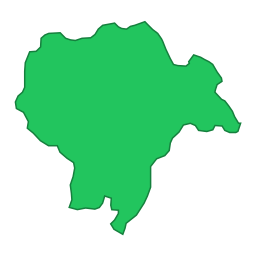 Cheongju-si, North Chungcheong, South Korea
{"feature_id": "91817680B7472001038353", "entity_name": "Cheongju-si", "entity_type": "district", "adm_level": 2, "iso_a3": "KOR", "parent_name": "South Korea", "parent_adm1": "North Chungcheong", "projection": "orthographic", "projection_center": [127.531, 36.588], "detail": "fine", "context": "isolated", "style": "filled", "palette": "green", "viewbox_px": 256, "rotation_deg": 0, "n_neighbors": 0, "source": "geoboundaries", "source_scale": "gbopen_adm2", "svg_char_len": 1475}
<svg xmlns="http://www.w3.org/2000/svg" viewBox="0 0 256 256"><path d="M193.7,54.9L188.7,61.7L189.3,63.4L186.0,66.1L177.8,65.6L173.5,64.5L170.2,58.5L165.8,49.2L162.6,41.1L161.5,38.9L157.7,33.4L152.7,29.6L147.8,24.7L144.9,21.7L134.8,25.3L130.4,26.4L126.6,29.1L121.7,28.5L118.4,26.9L114.6,23.1L102.7,25.3L98.3,29.1L95.0,34.5L90.7,37.8L82.0,38.3L75.4,40.5L70.5,39.9L65.6,38.3L60.2,32.8L48.8,33.4L44.9,35.0L41.1,38.3L40.6,47.0L36.2,51.3L29.7,51.8L25.3,62.7L24.7,71.4L24.7,72.5L24.7,77.4L24.7,87.3L22.5,92.2L18.1,96.0L15.4,102.0L16.4,108.5L23.5,112.3L28.4,121.6L27.3,128.2L33.3,133.1L40.4,140.7L48.5,145.7L57.3,145.7L60.0,152.2L67.1,158.3L73.6,162.6L74.7,168.1L73.1,176.8L70.3,185.0L71.4,193.2L71.9,199.8L69.2,207.4L77.4,209.6L85.6,208.0L94.9,209.1L99.3,207.5L102.6,203.1L104.7,196.0L111.3,198.2L110.8,205.3L111.8,209.7L118.4,210.2L118.4,213.5L114.6,220.0L110.7,223.9L111.4,225.0L114.0,229.3L122.8,234.3L125.0,228.3L126.1,223.3L136.4,215.1L144.1,203.1L147.4,196.0L150.6,187.2L150.6,173.6L150.6,166.5L156.6,158.8L164.8,155.6L169.2,150.6L170.3,143.0L172.5,138.1L179.0,132.1L183.4,125.0L190.4,123.3L195.4,125.5L198.6,130.4L206.8,131.5L212.8,129.8L215.0,125.5L222.1,126.0L224.8,130.4L229.7,132.5L235.8,132.5L237.9,131.4L240.6,123.2L238.5,123.2L234.6,116.7L232.4,111.3L228.6,105.8L224.8,100.9L221.5,99.3L214.9,92.2L215.5,89.5L217.1,84.6L222.0,81.3L221.4,78.0L217.1,72.0L212.7,64.4L208.9,61.7L204.5,59.5L200.7,57.3L193.7,54.9Z" fill="#22c55e" stroke="#15803d" stroke-width="1.5"/></svg>